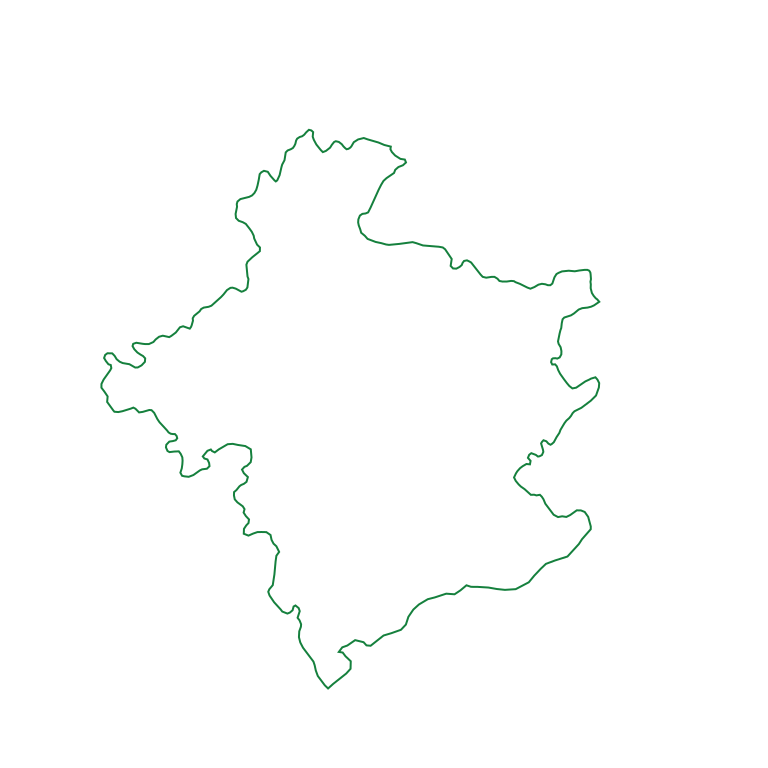 outline of Pinsk, Brest, Belarus, rotated 323°
{"feature_id": "67162791B61405599198646", "entity_name": "Pinsk", "entity_type": "district", "adm_level": 2, "iso_a3": "BLR", "parent_name": "Belarus", "parent_adm1": "Brest", "projection": "mercator", "projection_center": [26.193, 52.204], "detail": "fine", "context": "isolated", "style": "outline", "palette": "green", "viewbox_px": 768, "rotation_deg": 323, "n_neighbors": 0, "source": "geoboundaries", "source_scale": "gbopen_adm2", "svg_char_len": 6166}
<svg xmlns="http://www.w3.org/2000/svg" viewBox="0 0 768 768"><g transform="rotate(323 384 384)"><path d="M605.4,447.9L605.2,444.7L604.7,443.0L604.5,439.8L604.8,436.4L606.7,431.9L609.2,428.8L610.4,426.6L612.4,424.8L615.1,420.6L615.9,419.1L616.1,417.0L615.1,415.2L613.1,413.7L608.3,410.9L604.2,408.8L599.7,404.7L593.9,401.2L590.3,400.3L587.9,400.0L584.3,401.4L578.9,405.1L576.3,405.2L574.4,403.8L572.9,401.5L570.4,399.0L567.1,397.6L562.5,397.1L558.3,396.0L556.6,393.4L552.8,385.8L550.3,381.8L549.7,380.1L547.6,378.2L543.8,376.1L540.4,373.6L538.2,371.2L538.0,368.2L536.7,364.9L534.4,363.2L529.6,360.6L527.3,357.8L527.0,354.7L526.7,339.4L525.9,337.5L524.7,335.2L522.0,333.9L519.6,334.6L517.7,335.8L514.8,336.0L511.2,335.4L508.7,333.3L508.3,329.8L513.3,324.9L513.9,313.2L513.1,310.3L510.4,307.4L498.5,296.8L494.5,290.9L492.2,287.9L480.5,281.3L471.7,275.9L469.6,273.8L466.7,270.0L462.8,265.5L458.2,258.2L457.9,254.1L456.8,249.5L458.1,246.2L459.3,242.1L460.6,239.4L462.6,237.1L466.1,235.0L469.1,235.1L471.9,236.7L474.6,237.4L479.3,235.1L496.7,225.6L501.6,223.2L505.8,221.5L509.9,221.1L519.0,221.5L521.9,219.7L526.1,219.4L530.8,220.7L534.9,220.3L535.7,217.3L532.6,214.1L530.4,208.2L529.9,203.5L530.4,200.4L532.3,198.5L528.1,193.3L524.9,187.8L518.1,178.7L515.9,175.4L510.5,173.1L505.4,172.7L500.9,174.6L499.4,174.9L497.2,174.8L495.4,174.0L494.9,172.0L494.6,169.8L494.6,167.1L493.6,163.5L491.6,161.1L489.8,160.7L486.3,161.6L483.2,162.8L477.9,162.9L474.7,162.0L474.3,158.9L474.1,152.0L474.9,146.8L475.9,143.6L479.0,140.2L478.6,137.8L477.0,135.8L473.2,136.2L470.3,136.9L467.8,136.9L465.3,136.0L462.3,135.8L460.3,136.7L457.8,138.8L455.7,139.9L453.3,140.7L450.8,140.4L447.6,139.5L444.9,139.9L439.2,145.4L434.7,147.5L432.6,149.1L426.3,154.4L421.3,157.1L419.5,157.1L419.1,155.5L418.6,149.4L418.9,144.6L416.4,141.5L413.4,141.1L411.0,141.6L406.9,145.5L402.4,149.4L398.9,152.0L395.4,153.5L392.1,154.0L388.9,153.4L380.6,149.9L376.8,150.1L374.7,151.7L373.3,154.0L367.8,158.9L365.7,162.4L366.2,166.2L368.6,169.8L370.0,173.0L370.1,179.5L370.0,183.0L369.2,187.1L367.9,189.7L366.5,196.3L367.1,200.3L364.8,203.2L355.1,203.5L348.6,204.2L345.9,205.9L339.7,216.0L338.9,218.6L333.0,224.7L330.4,225.6L327.2,225.1L325.7,224.5L323.0,218.6L321.0,215.9L319.2,214.8L315.1,214.5L309.7,215.9L306.2,216.5L293.3,217.6L290.4,216.8L286.0,214.5L283.1,214.1L280.4,215.0L273.4,215.3L270.8,216.4L269.5,218.5L265.7,221.4L264.2,222.3L262.2,222.9L258.3,217.0L255.2,215.9L248.7,217.6L243.1,217.6L240.7,217.3L236.4,212.3L232.8,210.9L228.4,211.0L225.1,211.7L220.2,210.6L217.2,208.3L215.4,206.6L211.0,202.0L207.9,201.0L206.0,202.4L205.5,206.0L206.0,210.4L207.2,213.9L208.4,216.7L208.7,219.8L206.4,222.4L201.6,223.2L197.3,222.6L195.2,221.1L192.6,215.0L187.9,210.0L186.3,207.1L185.4,203.3L185.8,199.5L185.4,196.0L181.6,193.0L178.8,193.0L176.1,194.8L175.7,198.3L175.8,202.4L177.2,204.4L175.8,207.2L173.5,208.3L162.8,211.7L158.4,213.9L156.1,216.9L156.1,222.0L155.8,227.6L152.1,231.7L151.9,242.2L152.0,243.9L154.9,246.5L158.7,248.3L167.0,251.3L169.6,252.0L170.6,254.1L171.3,259.3L174.6,261.1L180.9,263.5L182.6,265.0L183.1,268.7L181.9,275.6L181.7,279.4L182.8,290.6L182.8,293.0L183.7,295.3L185.3,297.0L186.9,298.2L187.1,300.7L186.2,302.9L183.8,303.6L181.0,302.5L177.9,300.8L173.6,301.5L171.7,303.4L170.8,307.2L171.7,309.3L175.8,311.7L179.6,314.3L179.6,317.4L178.8,321.2L177.0,324.0L174.6,326.8L171.7,329.7L168.0,332.3L167.5,335.8L169.1,337.7L172.2,340.6L177.0,342.0L185.0,342.2L187.4,342.7L191.6,345.1L195.2,344.6L196.8,341.8L197.6,338.0L195.7,335.4L195.7,332.8L202.8,331.1L206.3,332.1L206.3,334.0L207.7,336.8L212.7,336.8L222.9,338.0L227.2,340.8L230.7,344.8L235.9,350.1L238.3,356.0L234.0,362.9L230.5,366.2L225.3,366.9L222.7,366.2L219.1,366.9L218.4,370.9L219.3,376.4L215.3,379.4L212.0,379.4L209.2,378.7L207.0,378.7L202.3,379.9L199.2,380.1L197.1,382.7L195.4,386.3L195.7,390.3L197.6,396.7L197.3,400.0L194.5,402.2L194.2,406.4L194.7,410.9L192.1,413.5L189.0,414.0L185.0,415.4L181.9,419.2L184.5,423.5L189.5,424.7L193.8,426.1L197.1,428.5L200.9,431.5L202.5,436.3L200.4,440.8L199.7,445.0L200.4,448.8L199.2,455.0L194.7,456.4L190.7,460.4L181.9,470.1L174.1,477.7L168.9,478.9L166.5,480.3L165.3,484.1L164.9,492.2L165.8,501.9L165.8,504.5L168.7,509.2L171.3,509.9L174.8,509.7L177.9,507.3L180.0,507.6L181.0,511.6L180.0,514.7L174.3,518.7L174.3,522.0L173.2,526.0L171.5,527.9L167.5,530.5L163.7,535.0L161.6,540.0L160.6,545.9L160.6,563.2L159.4,566.8L157.1,571.8L155.4,577.4L155.4,589.0L156.1,593.5L163.1,592.9L179.6,592.5L185.9,591.3L190.6,585.4L189.4,578.3L189.4,573.6L186.7,570.8L192.2,569.2L197.3,570.8L206.8,571.2L212.3,577.9L212.7,582.2L215.8,585.0L232.3,584.6L239.8,587.4L249.6,590.5L256.7,589.3L263.4,584.6L271.7,581.8L279.2,581.1L289.4,582.2L296.1,585.0L307.5,588.9L313.8,594.4L320.9,594.8L328.7,594.4L331.5,598.4L336.6,602.3L344.9,609.4L350.8,615.7L356.7,621.2L365.7,627.1L380.3,629.5L388.6,627.5L398.0,625.9L405.1,625.1L414.5,627.9L426.7,632.2L443.3,629.1L448.8,627.1L461.7,624.4L463.4,622.2L467.1,613.0L467.3,607.0L465.2,603.5L461.9,600.9L453.8,600.7L449.6,599.9L446.7,596.9L442.9,595.0L440.8,590.5L440.8,576.7L442.0,572.0L442.2,568.9L441.8,566.3L438.7,564.7L437.3,562.8L434.6,560.9L433.0,552.6L431.6,548.3L431.1,545.2L430.9,540.7L431.6,536.9L435.6,534.8L438.0,533.9L442.0,533.1L445.3,533.1L449.6,533.6L452.2,536.0L454.8,533.6L454.5,529.6L457.4,527.9L460.0,527.9L462.6,532.0L463.3,534.6L464.7,535.3L467.3,535.8L470.4,534.1L471.4,532.2L473.7,526.0L475.4,525.3L477.5,524.9L479.2,527.5L479.4,530.5L480.4,532.7L481.8,532.9L484.6,532.7L489.8,530.3L494.6,528.6L497.4,526.8L504.5,523.9L507.6,523.0L511.4,522.7L514.2,522.0L517.1,520.8L519.7,520.4L527.3,521.8L539.1,521.8L546.4,520.8L553.5,516.1L556.4,512.8L557.1,509.0L556.9,505.9L552.6,504.3L550.5,504.0L546.4,503.1L535.3,502.6L531.8,500.9L530.8,497.1L530.6,493.4L530.6,488.6L530.8,481.8L531.5,477.7L532.7,473.9L532.5,471.3L530.1,469.7L530.6,467.1L532.9,465.2L534.4,465.2L536.5,466.6L537.7,468.0L540.3,468.5L543.4,467.1L545.5,464.5L547.2,460.9L547.6,457.1L548.6,454.7L554.7,449.3L557.3,447.2L559.2,446.0L562.6,442.4L565.6,439.8L568.0,439.4L574.6,441.7L578.2,442.0L584.3,441.7L587.9,442.7L592.6,445.5L595.9,446.9L599.0,447.6L605.4,447.9Z" fill="none" stroke="#15803d" stroke-width="2"/></g></svg>